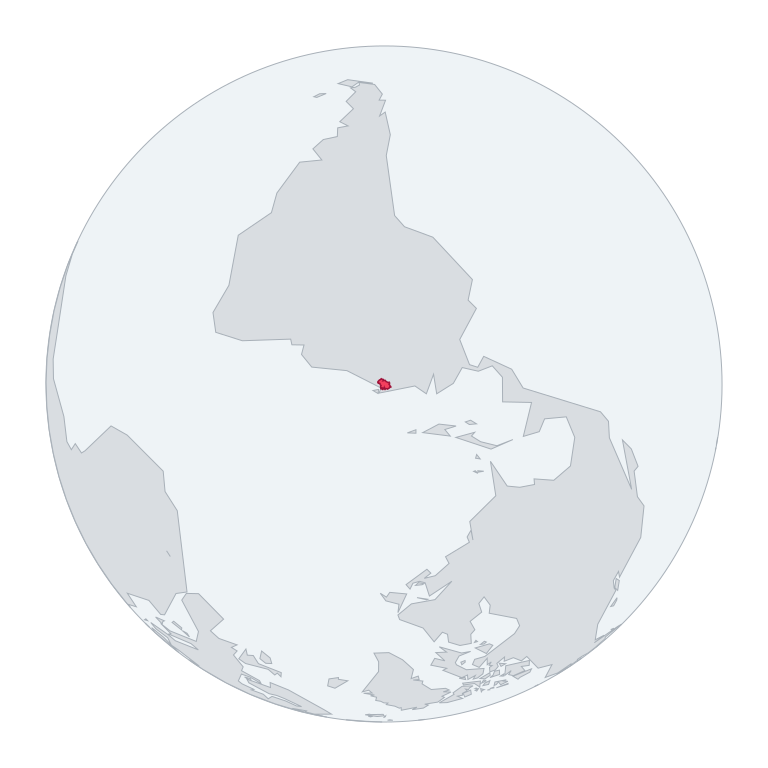 Monagas highlighted on a globe, orthographic projection, rotated 170°
{"feature_id": "VEN-46", "entity_name": "Monagas", "entity_type": "State", "adm_level": 1, "iso_a3": "VEN", "parent_name": "Venezuela", "parent_adm1": "", "projection": "orthographic", "projection_center": [-62.996, 9.35], "detail": "medium", "context": "on_globe", "style": "filled", "palette": "rose", "viewbox_px": 768, "rotation_deg": 170, "n_neighbors": 0, "source": "natural_earth", "source_scale": "10m", "svg_char_len": 9843}
<svg xmlns="http://www.w3.org/2000/svg" viewBox="0 0 768 768"><g transform="rotate(170 384 384)"><circle cx="384" cy="384" r="338" fill="#eef3f6" stroke="#a8b0b8"/><path d="M296.4,388.2L288.8,384.2L281.0,393.9L255.7,376.4L247.7,355.9L175.6,319.0L169.4,308.3L171.4,291.9L158.4,237.2L158.9,287.5L151.7,277.1L148.1,258.8L152.8,254.8L154.0,229.0L149.1,218.8L157.8,188.3L185.6,152.9L185.6,158.7L192.3,150.5L192.8,143.1L191.5,140.5L215.2,110.3L220.4,95.4L210.8,98.4L221.8,92.7L195.9,104.7L191.5,106.3L203.4,100.1L210.0,96.4L210.5,94.7L217.3,90.7L221.5,88.0L229.6,83.7L236.0,81.6L241.4,79.2L241.4,78.3L249.6,74.3L248.7,75.8L263.0,69.3L276.2,67.0L267.3,78.5L281.6,77.4L290.7,90.9L296.8,87.5L304.1,92.0L313.8,90.1L312.7,94.2L321.4,89.3L320.5,86.1L324.0,83.1L329.7,82.1L329.3,86.6L326.4,87.9L329.3,88.7L326.6,91.7L331.1,89.6L330.0,96.0L339.5,88.4L345.6,92.4L342.5,97.1L332.0,98.2L298.8,115.5L292.4,122.4L294.1,130.1L320.2,140.0L317.8,147.8L322.4,157.0L328.7,151.4L327.4,142.4L340.4,135.3L337.2,126.2L342.0,122.4L343.1,113.4L354.6,113.3L365.2,118.6L364.9,126.5L369.6,129.4L379.4,121.4L387.9,136.9L409.5,149.3L410.4,154.1L395.2,162.7L371.2,162.8L351.4,178.0L376.1,167.3L378.0,181.1L383.3,183.5L390.1,182.8L394.0,177.5L397.1,182.6L373.9,194.1L370.7,189.6L378.1,185.6L366.8,186.3L351.1,196.0L353.4,203.2L327.4,213.3L328.7,218.9L323.7,224.9L323.5,214.9L323.4,233.7L293.3,254.5L292.6,289.4L280.4,262.1L268.2,258.7L253.2,258.9L252.7,264.5L233.5,259.7L214.6,270.9L205.4,298.3L210.2,320.0L231.9,321.8L239.4,310.1L255.9,308.2L241.9,340.2L270.3,345.8L266.2,370.1L274.2,383.1L288.9,380.2L304.1,386.6L315.6,372.6L333.8,365.2L333.5,385.0L344.0,367.0L353.9,376.7L390.5,375.9L387.5,380.5L418.2,403.6L452.2,413.2L460.1,427.4L456.0,436.3L467.9,438.6L468.1,444.4L516.0,451.2L540.7,464.1L540.0,484.1L519.6,508.1L501.7,555.8L465.1,572.3L456.3,590.7L428.5,617.1L406.3,615.4L413.2,627.9L401.3,635.3L387.0,635.8L385.1,644.3L374.6,644.4L382.0,650.0L366.3,660.4L372.2,668.9L361.1,676.7L365.5,681.4L360.7,681.2L356.2,682.7L356.2,685.3L341.2,680.6L335.3,669.8L339.5,664.4L333.2,663.2L341.8,648.7L335.6,651.6L334.5,628.4L342.1,608.6L344.3,548.0L336.5,535.3L310.4,520.1L278.8,471.5L286.6,452.0L279.9,442.4L301.7,414.7L296.4,388.2ZM64.7,273.5L67.4,265.9L65.6,271.0L64.7,273.5ZM69.2,261.2L68.2,263.8L68.6,262.6L69.2,261.2ZM289.9,301.3L322.5,318.9L303.0,320.7L306.9,317.6L298.9,310.4L283.5,303.6L266.7,306.9L289.9,301.3ZM306.7,282.3L300.9,280.8L306.7,280.8L306.7,282.3ZM189.7,140.2L192.1,143.5L189.1,152.1L186.4,149.6L189.7,140.2ZM196.4,125.7L199.4,125.5L191.6,133.1L192.3,130.8L196.4,125.7ZM202.3,102.0L202.9,102.9L200.0,103.6L202.3,102.0ZM220.6,88.4L218.3,89.6L221.4,87.8L220.6,88.4ZM336.7,114.1L339.8,113.8L338.0,115.6L336.7,114.1ZM334.2,110.8L329.8,113.2L328.0,112.1L330.7,110.6L334.2,110.8ZM236.8,79.9L242.6,77.1L237.8,79.5L236.8,79.9ZM340.0,108.2L325.3,109.8L322.2,107.8L330.0,100.8L340.0,108.2ZM263.8,68.2L257.7,70.6L252.4,73.0L251.6,73.1L246.7,75.2L248.7,74.3L263.8,68.2ZM317.8,85.6L319.0,89.0L312.8,87.4L317.8,85.6ZM313.0,85.4L288.8,86.5L289.9,81.7L297.8,82.0L295.0,77.3L307.3,74.3L311.7,76.2L308.5,79.7L315.7,76.0L313.0,85.4ZM284.3,61.1L288.6,59.8L285.3,60.9L284.3,61.1ZM325.0,81.9L320.0,82.2L320.6,77.9L330.6,76.5L327.2,78.3L325.0,81.9ZM288.2,77.9L290.4,74.9L301.0,71.5L303.3,70.0L307.7,73.8L288.2,77.9ZM330.0,78.7L335.7,76.1L340.6,77.3L329.9,81.3L330.0,78.7ZM316.5,77.6L317.2,75.6L320.1,76.2L316.5,77.6ZM361.1,81.2L355.2,81.0L354.9,78.7L361.1,81.2ZM337.5,75.0L335.8,74.7L335.1,73.9L339.8,72.5L337.5,75.0ZM314.9,71.5L318.9,70.9L313.6,69.7L321.4,67.6L323.0,70.8L325.5,68.6L327.9,68.0L326.5,71.3L314.9,71.5ZM342.3,69.0L346.9,73.3L358.0,73.8L358.5,75.7L340.6,74.7L342.3,69.0ZM333.2,70.0L338.9,69.8L336.6,72.0L331.2,73.5L333.2,70.0ZM326.1,65.3L313.8,67.6L313.9,66.9L326.1,65.3ZM346.0,68.6L344.8,67.7L347.0,68.4L346.0,68.6ZM332.7,65.7L328.4,66.4L328.6,65.6L332.7,65.7ZM346.0,65.5L347.5,66.6L343.9,67.6L346.0,65.5ZM340.3,65.2L341.6,63.9L341.7,67.2L338.3,65.6L340.3,65.2ZM333.6,64.8L332.3,64.5L335.4,64.6L333.6,64.8ZM358.8,61.7L359.8,65.7L351.8,67.5L351.9,63.3L358.8,61.7ZM366.9,690.0L342.7,682.2L356.0,685.9L363.9,682.2L377.0,687.8L366.9,690.0ZM390.5,680.1L400.4,677.9L403.2,679.1L397.0,681.0L390.5,680.1ZM652.9,179.3L655.1,184.4L644.9,172.7L633.4,156.2L632.5,155.1L652.9,179.3ZM611.7,134.3L615.3,137.8L619.3,141.5L623.9,146.2L620.5,143.2L617.0,139.6L615.8,139.3L632.8,157.9L638.7,163.7L641.1,171.7L651.2,182.6L655.1,189.6L639.6,174.1L634.1,167.4L613.0,154.4L619.1,161.8L639.4,175.1L637.2,175.1L645.5,187.0L637.4,177.9L613.6,163.1L609.7,172.5L620.7,206.3L615.0,212.1L603.0,209.7L582.8,180.3L597.8,171.1L590.8,162.1L574.0,152.6L580.0,151.1L575.0,146.6L579.3,143.3L571.8,129.9L574.1,126.4L558.1,113.5L557.1,110.4L566.8,118.6L574.8,123.1L579.0,116.9L575.9,113.4L565.2,105.9L567.7,105.8L556.7,99.4L552.7,94.1L548.5,95.8L535.7,88.8L526.2,82.2L521.2,80.6L536.8,91.6L543.7,95.9L550.8,98.9L568.9,113.1L570.3,117.2L548.5,104.8L548.0,109.8L531.2,99.3L499.5,73.6L493.0,68.0L509.7,70.9L518.7,75.0L517.2,75.6L530.7,80.5L523.8,77.4L525.9,77.9L514.2,72.6L515.1,72.7L502.4,67.9L502.2,67.6L510.3,70.6L498.1,65.9L522.9,75.9L546.7,87.9L569.6,101.6L591.3,117.1L611.7,134.3ZM675.8,213.6L687.1,234.6L696.9,256.5L705.2,278.9L711.8,301.9L716.8,325.3L720.1,349.0L721.7,372.9L721.7,396.9L719.9,420.7L716.5,444.4L711.4,467.8L704.6,490.7L696.3,513.2L686.3,535.0L674.9,556.0L662.0,576.1L660.5,577.9L668.3,566.2L678.5,545.8L696.1,493.6L705.5,466.0L708.6,446.6L704.9,407.6L706.3,382.3L703.3,373.6L698.4,378.9L693.9,368.6L690.1,370.1L660.1,390.1L645.8,378.3L616.6,336.5L618.3,316.1L609.6,295.1L614.1,213.4L625.2,213.8L640.2,194.8L643.9,195.8L653.1,211.7L673.1,222.5L666.6,207.6L673.9,211.3L672.4,207.8L675.8,213.6ZM624.4,251.2L627.1,257.5L624.4,251.2ZM391.6,375.7L396.0,379.5L390.1,379.6L391.6,375.7ZM299.8,328.7L307.0,329.3L310.5,332.5L305.0,333.3L299.8,328.7ZM361.1,330.0L369.5,331.8L360.5,333.4L361.1,330.0ZM327.8,321.2L354.3,329.4L336.9,335.0L320.3,330.1L332.0,328.6L327.8,321.2ZM302.3,293.5L306.7,295.0L305.0,298.5L302.3,293.5ZM310.9,282.4L309.1,282.7L307.1,279.7L310.9,282.4ZM379.3,180.4L381.3,179.7L388.0,180.2L384.5,182.4L379.3,180.4ZM419.8,170.1L424.0,178.6L418.6,173.7L414.5,177.8L398.1,173.3L410.0,156.4L407.5,164.5L419.8,170.1ZM379.5,164.1L388.6,167.9L378.2,164.4L379.5,164.1ZM543.1,128.2L549.0,129.5L553.9,135.1L550.9,142.3L543.7,134.0L543.1,128.2ZM556.2,130.4L535.3,117.6L536.3,113.6L539.3,117.8L542.1,116.4L547.6,123.1L568.9,132.8L574.7,138.6L566.0,147.0L565.7,140.7L559.9,139.3L556.2,130.4ZM480.2,101.1L471.2,98.0L485.1,92.9L491.9,96.5L489.4,103.1L479.8,102.8L480.2,101.1ZM356.6,96.7L352.2,97.6L352.3,96.0L356.1,94.0L356.6,96.7ZM358.4,81.3L375.7,91.8L371.6,93.1L386.7,99.0L381.7,105.0L372.1,100.8L379.6,110.5L368.9,109.1L375.2,115.6L354.3,105.6L345.1,105.6L357.3,103.1L362.1,97.3L361.4,94.9L352.5,88.3L334.9,86.5L336.9,81.4L342.9,78.3L347.4,77.9L344.7,81.1L352.7,78.4L352.3,82.9L358.4,81.3ZM412.7,58.4L407.7,60.0L423.6,59.7L423.3,62.3L425.2,62.1L429.2,64.8L437.4,67.9L435.6,69.1L439.5,70.0L442.3,72.1L447.1,73.8L445.7,76.8L451.4,79.3L447.4,79.4L457.8,83.0L449.4,81.8L452.2,85.1L458.8,84.6L439.3,101.7L437.5,111.4L440.6,120.7L425.8,118.6L413.6,109.2L404.6,97.7L408.4,89.2L401.0,90.4L400.7,86.9L406.6,87.4L397.3,84.7L398.6,82.1L390.5,74.9L376.2,73.6L372.9,71.3L379.1,70.6L371.5,69.0L381.1,66.4L378.9,64.9L386.2,61.4L399.5,61.6L396.1,60.1L401.5,58.0L412.7,58.4ZM361.2,60.7L377.2,59.3L384.9,60.4L368.9,66.2L369.6,67.9L359.6,72.7L348.7,71.3L352.6,69.9L353.8,68.4L356.7,69.4L355.3,67.4L360.5,65.7L360.8,63.9L365.9,63.8L361.2,60.7ZM641.4,188.9L643.1,188.5L644.1,186.2L649.4,194.2L641.4,188.9ZM625.5,178.9L626.1,177.0L634.1,186.0L632.3,186.9L625.5,178.9ZM619.5,168.7L625.5,176.2L621.2,172.7L619.5,168.7ZM566.6,116.9L566.3,114.9L568.9,116.5L572.2,119.7L566.6,116.9ZM460.0,61.5L455.9,61.4L454.1,60.7L442.2,58.8L441.5,57.2L448.4,57.7L460.0,61.5ZM658.9,187.4L660.7,190.1L659.3,188.1L658.0,186.3L657.1,185.0L658.9,187.4ZM657.9,192.0L660.8,193.4L659.3,194.1L657.9,192.0ZM457.2,59.5L452.4,58.8L455.0,58.5L457.2,59.5ZM440.4,56.1L442.4,55.5L440.0,56.9L440.4,56.1ZM479.8,59.9L479.0,59.8L460.4,55.0L444.5,51.5L461.9,55.2L474.0,58.3L477.1,59.2L479.8,59.9ZM407.7,46.9L408.7,47.0L402.5,46.7L401.7,46.5L407.7,46.9ZM433.7,51.3L438.9,52.3L436.6,52.3L433.7,51.3ZM287.6,60.1L288.5,59.9L285.1,60.9L287.6,60.1Z" fill="#d9dde1" stroke="#a8b0b8" stroke-width="1"/><path d="M383.7,379.5L384.1,379.8L384.2,379.6L384.3,380.1L384.4,379.8L384.5,379.7L384.5,379.9L384.8,379.8L385.0,380.0L385.3,380.1L385.2,379.8L385.3,379.7L385.5,379.8L385.9,379.8L386.2,379.6L386.3,379.4L386.1,379.0L386.2,378.8L386.3,378.8L386.8,379.1L386.9,379.3L387.3,380.3L387.2,380.6L387.3,380.6L387.5,380.7L387.9,381.5L387.9,381.9L387.7,382.2L387.6,382.4L387.4,382.7L387.2,383.0L387.3,383.1L387.5,383.2L387.5,383.6L387.9,384.0L388.0,384.9L387.9,385.2L388.2,385.3L388.3,385.4L388.6,385.6L389.0,385.5L389.3,385.6L389.5,385.7L389.5,385.8L389.3,386.2L389.3,386.4L389.5,386.6L389.8,386.7L389.8,386.9L389.4,387.2L389.4,387.6L388.7,387.9L388.4,388.4L387.9,388.5L387.7,388.7L387.3,388.9L386.8,388.9L386.7,389.0L386.3,389.3L385.8,389.7L385.7,389.6L385.5,389.4L385.5,389.2L384.0,388.7L383.7,388.4L383.7,388.2L383.7,387.8L383.8,387.5L384.2,387.5L384.3,387.4L382.2,387.4L382.0,387.2L381.8,386.5L381.5,386.0L381.2,385.9L380.7,385.5L380.5,385.4L380.3,385.1L380.0,385.0L379.6,384.7L379.4,384.7L379.1,384.7L378.7,384.9L378.6,384.5L378.3,384.1L378.4,383.6L379.1,382.8L378.5,381.9L378.4,381.6L378.5,381.3L378.5,381.1L378.6,380.9L378.2,380.7L377.8,380.4L377.8,379.8L378.3,379.8L378.5,379.7L379.3,379.4L379.5,379.1L380.8,378.8L380.9,378.5L381.3,378.3L381.6,378.5L381.8,378.7L382.0,378.8L382.4,378.9L382.5,379.0L382.9,379.2L383.3,378.9L383.3,379.0L383.6,379.1L383.7,379.5ZM387.9,380.6L387.9,380.8L387.9,381.1L387.8,380.9L387.8,380.7L387.9,380.6ZM387.3,379.9L387.5,380.2L387.4,380.3L387.3,380.2L387.2,379.9L387.3,379.9Z" fill="#f43f5e" stroke="#9f1239" stroke-width="1.5"/></g></svg>